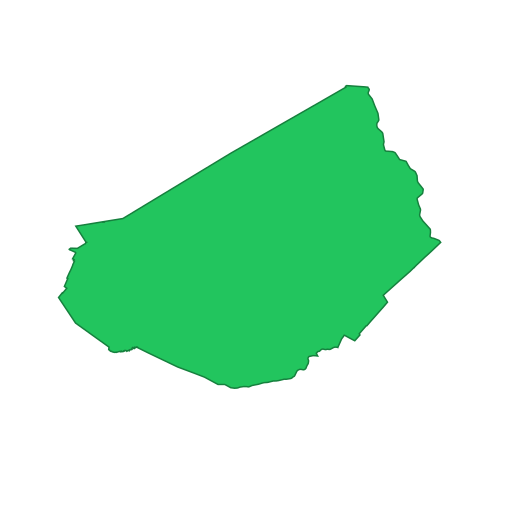 the district of Emmen, Drenthe, Netherlands, rotated 236°
{"feature_id": "6326949B31474052020182", "entity_name": "Emmen", "entity_type": "district", "adm_level": 2, "iso_a3": "NLD", "parent_name": "Netherlands", "parent_adm1": "Drenthe", "projection": "mercator", "projection_center": [6.941, 52.753], "detail": "fine", "context": "isolated", "style": "filled", "palette": "green", "viewbox_px": 512, "rotation_deg": 236, "n_neighbors": 0, "source": "geoboundaries", "source_scale": "gbopen_adm2", "svg_char_len": 5546}
<svg xmlns="http://www.w3.org/2000/svg" viewBox="0 0 512 512"><g transform="rotate(236 256 256)"><path d="M164.0,416.7L166.1,416.6L166.4,416.5L166.7,416.4L171.2,413.3L171.6,412.9L172.6,411.9L172.9,411.7L173.5,411.4L174.3,411.1L174.7,411.2L175.2,411.4L177.8,413.7L178.4,414.1L180.0,415.1L180.5,415.3L181.0,415.4L181.4,415.4L181.9,415.3L191.9,413.9L196.1,414.0L196.9,414.0L197.2,414.1L197.6,414.2L198.1,414.4L198.8,414.8L202.1,418.1L202.7,418.4L203.1,418.6L206.9,419.3L207.7,419.5L212.7,421.2L213.1,421.4L213.5,421.7L213.7,421.9L213.8,422.1L213.9,422.4L214.0,422.7L214.1,423.7L214.6,428.5L214.7,428.9L214.8,429.1L215.0,429.4L217.5,431.7L217.8,431.9L218.0,432.0L218.4,432.0L226.1,431.4L226.8,431.5L227.4,431.6L228.0,431.8L232.0,434.1L232.5,434.4L233.1,434.5L236.5,435.1L237.1,435.0L237.6,434.9L241.6,433.0L242.2,432.8L242.7,432.8L243.2,432.8L246.0,432.9L250.0,433.3L250.6,433.3L250.8,433.2L251.0,433.0L255.3,429.3L255.5,429.1L255.8,429.0L256.4,429.0L259.5,429.1L263.5,429.1L264.0,429.0L264.4,428.8L265.9,427.8L266.1,427.7L269.0,424.1L270.1,422.6L270.4,422.3L270.6,422.2L270.9,422.1L271.2,422.0L271.5,422.0L271.9,422.1L276.5,423.7L277.1,424.0L277.5,424.3L279.0,425.9L279.3,426.1L286.2,429.4L287.0,429.7L287.8,429.7L288.3,429.7L293.0,428.5L293.4,428.4L293.8,428.4L294.5,428.4L295.1,428.5L295.9,428.8L296.3,428.9L297.2,429.5L298.0,430.1L298.4,430.4L298.5,430.7L299.6,433.2L299.9,433.7L300.3,434.0L300.6,434.2L305.9,436.8L306.7,437.0L314.1,438.4L321.2,440.1L326.9,439.7L327.5,439.7L327.9,439.9L328.3,440.1L328.7,440.4L328.9,440.6L330.0,442.3L330.4,442.7L330.5,442.8L330.8,443.0L331.4,443.1L332.7,443.0L333.2,443.0L333.4,443.1L333.6,442.9L335.6,440.5L346.6,426.4L346.6,425.0L346.1,424.9L345.7,424.9L347.1,405.1L355.3,292.8L361.5,166.6L369.5,149.3L369.0,149.1L369.6,148.0L370.0,148.2L381.5,123.3L362.3,122.8L362.2,122.9L362.2,122.2L361.9,121.8L361.6,121.5L361.8,120.5L362.2,112.3L362.2,112.2L366.0,106.9L366.1,106.7L366.0,105.0L366.0,104.9L365.6,104.9L365.3,105.0L364.7,105.5L360.1,108.3L359.9,108.4L359.7,108.4L359.4,108.2L359.2,108.1L356.2,102.3L354.7,103.2L354.2,102.0L353.2,102.6L351.4,99.5L350.7,98.7L348.2,94.9L346.5,91.9L343.4,86.9L342.6,87.4L337.9,80.1L335.1,81.1L333.3,74.9L333.8,74.8L332.0,69.1L301.3,68.9L262.7,83.2L260.7,81.5L260.3,81.8L260.0,82.0L259.7,82.0L259.5,81.9L259.2,81.9L259.0,82.0L258.4,82.4L258.2,82.3L257.8,82.6L257.7,82.7L257.6,83.1L257.3,83.2L256.9,83.3L256.6,83.5L256.2,83.9L255.4,84.6L255.0,85.1L254.9,85.5L254.7,85.8L254.3,86.1L254.2,86.3L254.2,86.9L254.1,87.0L253.9,87.2L253.7,88.0L253.7,88.3L253.5,88.6L253.4,88.7L253.1,89.8L252.5,89.9L252.3,90.1L252.2,90.3L252.1,90.5L252.3,90.7L252.5,91.0L252.3,91.3L251.8,91.2L251.2,92.1L251.1,92.3L251.0,92.5L251.1,92.9L251.2,93.6L251.3,93.6L251.3,93.9L251.0,94.0L250.7,94.0L250.7,94.7L250.8,94.8L250.7,95.0L250.5,95.3L250.0,95.5L249.9,95.6L249.5,95.6L249.4,95.6L249.5,96.1L249.5,96.3L249.3,96.4L249.1,96.4L249.0,96.5L248.9,96.9L249.0,97.2L249.0,97.4L248.9,97.8L249.0,98.0L249.0,98.4L248.5,98.3L248.6,98.5L248.4,98.5L248.5,98.9L248.6,99.1L248.6,99.7L248.4,100.0L248.2,100.7L247.9,100.7L247.9,100.9L247.9,101.0L248.0,101.2L248.5,101.2L248.7,101.3L248.9,101.6L248.8,102.0L249.1,102.6L249.1,102.8L248.9,102.9L248.5,102.8L248.1,102.8L247.6,103.0L247.4,103.1L247.3,103.4L247.3,103.6L247.3,103.9L247.4,104.0L247.6,104.0L247.9,104.0L248.1,104.2L248.2,104.5L247.5,104.8L247.4,105.0L247.3,105.5L247.4,105.8L247.5,106.0L247.4,106.1L247.0,106.3L247.0,106.6L246.9,106.7L245.9,107.0L245.9,106.8L236.4,112.2L207.8,129.0L192.2,140.1L184.3,145.6L173.4,151.3L170.7,152.7L167.0,158.2L166.4,158.6L160.8,161.5L160.5,161.9L158.2,164.5L158.1,164.8L157.1,166.5L156.7,167.6L156.4,169.0L156.2,169.6L155.5,171.0L154.9,172.3L154.5,173.0L152.9,175.3L152.3,175.9L152.1,176.1L151.7,176.6L151.5,177.0L151.4,177.4L150.8,180.5L150.5,181.2L148.4,186.1L148.0,187.3L147.1,190.3L146.8,191.1L146.5,191.8L146.2,192.4L145.0,194.4L144.6,195.2L142.8,200.2L142.7,200.5L142.4,200.9L141.0,203.1L140.7,203.8L140.2,204.8L138.4,209.6L138.3,210.0L137.9,210.8L137.3,211.6L136.9,212.2L135.3,215.6L135.1,216.1L134.9,216.6L134.9,217.1L134.8,217.7L134.9,218.1L135.0,218.8L135.0,219.1L135.0,219.4L134.9,220.3L134.9,220.5L135.0,220.8L135.2,221.3L136.5,223.5L137.5,225.2L137.7,225.6L137.8,226.1L137.9,226.7L137.9,227.1L137.8,227.7L137.7,228.4L137.5,229.0L137.3,229.3L136.9,229.8L136.7,230.1L135.2,231.6L135.0,232.0L134.9,232.2L134.8,232.6L134.7,233.2L134.8,233.8L134.9,234.2L134.9,234.4L135.1,234.7L136.7,237.1L137.4,238.7L137.8,239.3L139.1,240.5L139.7,241.0L140.0,241.1L140.5,241.3L141.3,241.4L141.5,241.5L141.8,241.6L142.1,241.9L142.4,242.2L142.6,242.5L143.1,243.6L142.2,245.8L141.5,247.6L141.3,247.9L140.6,248.8L140.1,249.5L139.5,250.2L138.6,251.2L141.7,251.6L141.9,252.5L142.1,253.3L142.2,253.7L142.1,254.1L141.6,255.1L141.6,255.5L141.6,255.8L141.9,257.3L141.9,257.6L141.9,258.1L141.8,258.7L141.6,259.1L141.3,259.6L141.1,259.8L140.1,260.7L139.7,261.1L139.4,261.5L139.2,262.0L138.8,263.1L137.9,264.1L137.3,264.9L137.2,265.2L137.1,265.6L137.0,266.5L136.8,268.7L136.7,269.2L136.5,269.9L136.5,270.0L136.1,270.8L135.1,272.1L134.7,272.6L134.4,272.7L134.9,273.4L135.5,274.4L139.5,280.8L139.6,281.1L140.0,282.4L140.3,283.2L141.0,284.8L140.4,285.2L140.3,285.3L134.0,288.6L132.5,289.4L130.5,290.5L132.4,298.0L133.8,298.1L136.5,308.2L136.2,308.9L138.0,315.6L142.1,331.5L142.2,332.0L144.2,339.2L152.3,339.5L155.6,363.5L156.6,371.3L157.1,375.2L157.5,377.3L158.1,380.6L157.9,380.8L158.0,381.0L158.2,381.4L158.6,383.5L158.7,383.8L158.9,385.3L160.7,396.0L160.9,397.7L161.8,403.7L164.0,416.7Z" fill="#22c55e" stroke="#15803d" stroke-width="1.5"/></g></svg>